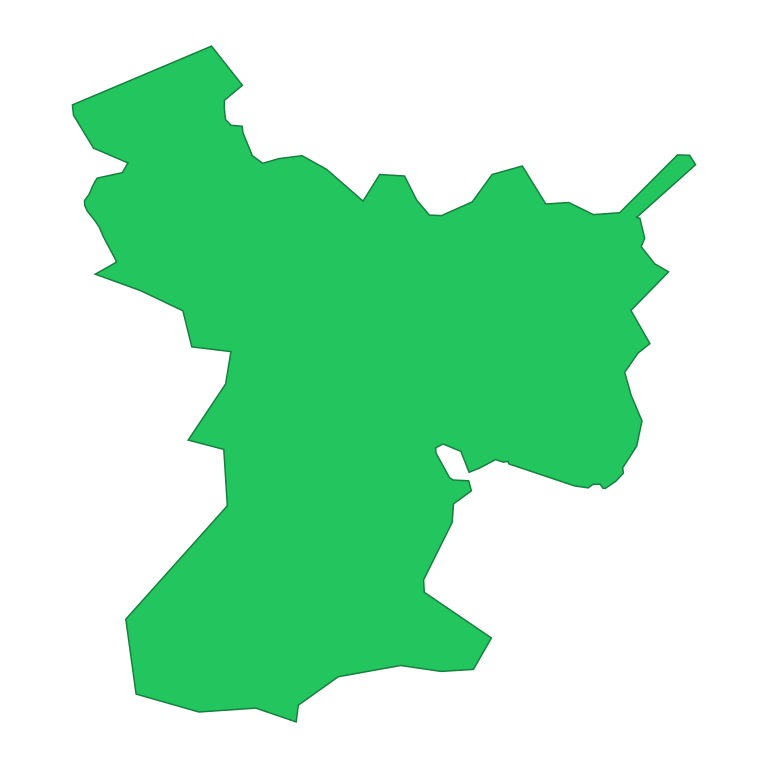 outline of Um Dam Haj Ahmed, North Kordufan, Sudan, rotated 90°
{"feature_id": "16777658B82514176386469", "entity_name": "Um Dam Haj Ahmed", "entity_type": "district", "adm_level": 2, "iso_a3": "SDN", "parent_name": "Sudan", "parent_adm1": "North Kordufan", "projection": "robinson", "projection_center": [30.757, 13.71], "detail": "fine", "context": "isolated", "style": "filled", "palette": "green", "viewbox_px": 768, "rotation_deg": 90, "n_neighbors": 0, "source": "geoboundaries", "source_scale": "gbopen_adm2", "svg_char_len": 1604}
<svg xmlns="http://www.w3.org/2000/svg" viewBox="0 0 768 768"><g transform="rotate(90 384 384)"><path d="M274.2,672.8L289.9,629.5L290.1,629.1L290.5,627.8L305.3,596.7L310.8,585.1L346.9,576.2L351.6,537.1L384.0,542.4L440.1,579.8L449.4,544.2L505.8,540.7L531.2,563.4L568.5,596.8L619.2,642.2L694.1,631.9L712.0,569.1L708.1,512.3L717.7,484.2L721.8,472.2L721.9,471.8L705.2,469.7L676.7,429.7L665.5,367.4L671.4,327.0L669.4,294.6L638.0,276.6L592.3,343.7L579.9,344.4L522.4,315.8L503.9,314.5L490.8,296.6L480.8,299.3L480.0,315.0L477.6,318.5L453.1,332.0L447.8,332.3L444.0,324.9L451.4,307.1L472.3,298.9L467.8,287.9L459.6,272.4L462.2,264.5L461.4,260.2L464.0,258.9L485.9,193.5L487.9,179.8L484.3,174.9L484.3,167.9L488.3,165.0L488.3,162.5L481.0,151.9L473.1,144.6L467.8,145.3L446.1,131.3L421.0,126.0L395.1,136.9L372.3,143.3L353.1,130.0L343.6,118.1L310.4,137.1L271.9,99.4L263.8,113.3L246.7,126.8L238.4,123.3L218.3,128.1L217.4,131.4L164.7,72.4L155.3,78.4L154.9,90.5L212.7,148.3L214.6,174.6L202.5,199.3L204.0,222.2L166.0,245.7L174.5,275.9L201.9,295.8L215.6,326.5L215.1,338.6L200.3,351.2L176.0,363.5L174.5,388.3L201.1,405.0L169.5,441.2L155.7,465.9L158.6,489.0L163.3,505.3L155.6,515.7L132.8,525.0L126.2,525.9L125.3,537.0L119.5,542.5L108.9,543.6L100.3,543.6L85.3,525.6L46.1,556.5L104.9,695.6L115.2,694.5L148.3,674.4L148.3,674.2L153.8,661.2L162.8,640.4L162.9,640.1L172.7,645.7L178.1,670.8L180.0,672.1L186.5,675.6L194.0,678.7L194.2,678.8L199.6,682.8L200.6,683.5L205.4,683.3L211.0,680.8L220.7,673.1L226.9,668.9L237.2,664.4L261.5,651.5L261.8,652.0L262.3,651.8L274.2,672.8Z" fill="#22c55e" stroke="#15803d" stroke-width="1.5"/></g></svg>